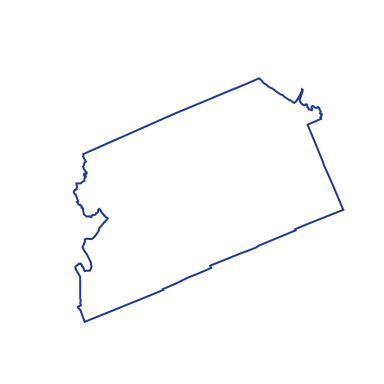 the district of St. Louis, Minnesota, United States of America, rotated 247°
{"feature_id": "52423323B88351202423300", "entity_name": "St. Louis", "entity_type": "district", "adm_level": 2, "iso_a3": "USA", "parent_name": "United States of America", "parent_adm1": "Minnesota", "projection": "robinson", "projection_center": [-92.282, 47.64], "detail": "fine", "context": "isolated", "style": "outline", "palette": "blue", "viewbox_px": 384, "rotation_deg": 247, "n_neighbors": 0, "source": "geoboundaries", "source_scale": "gbopen_adm2", "svg_char_len": 3495}
<svg xmlns="http://www.w3.org/2000/svg" viewBox="0 0 384 384"><g transform="rotate(247 192 192)"><path d="M114.4,42.5L113.4,99.7L113.1,127.3L114.0,127.3L114.0,140.8L114.8,153.9L114.5,166.9L114.6,179.9L117.1,179.9L116.5,213.3L116.1,219.6L115.9,229.3L116.5,232.7L116.2,272.4L117.4,272.4L117.4,285.0L116.5,324.3L147.2,324.3L165.4,323.9L167.9,324.3L193.4,324.6L208.8,324.7L208.9,336.0L208.9,339.4L210.0,339.9L210.0,339.5L210.1,339.2L210.5,339.3L210.6,340.0L210.7,340.4L211.0,340.6L211.6,340.6L212.1,340.8L212.3,341.5L212.6,341.8L213.1,341.8L213.9,340.9L214.3,340.6L216.0,342.1L216.8,341.9L217.7,341.5L218.3,341.5L219.2,342.0L219.7,342.0L220.3,341.6L220.9,341.2L221.0,340.9L220.9,340.6L220.5,339.7L220.7,339.4L221.2,338.9L222.1,337.9L222.7,337.6L223.4,337.4L223.9,336.9L224.1,336.4L224.0,335.8L223.8,335.6L223.2,335.1L221.3,335.0L220.5,334.6L220.5,334.0L220.6,333.8L221.0,333.5L221.5,333.2L222.0,332.7L222.2,331.9L222.5,331.7L223.7,331.8L224.3,331.8L225.1,331.4L226.6,332.0L227.4,332.1L227.7,332.0L228.3,330.6L228.0,330.1L228.0,329.1L228.7,328.4L231.3,327.0L232.3,326.9L234.6,326.9L241.3,333.0L243.0,333.8L243.6,333.4L242.3,332.7L237.6,327.5L234.7,323.2L234.0,321.1L234.2,320.9L235.0,320.1L237.9,318.6L238.3,317.7L243.8,314.1L245.7,313.4L247.2,311.7L251.1,309.1L254.8,307.1L255.7,306.5L256.8,305.4L259.6,303.2L261.0,302.8L264.7,300.3L265.5,300.0L266.5,300.0L268.8,299.0L270.4,298.1L270.3,285.1L270.4,277.0L270.3,272.4L270.6,272.1L270.5,270.0L270.7,232.2L270.9,206.2L269.4,106.8L268.1,106.4L267.5,106.0L267.3,105.5L265.4,105.9L265.1,105.8L264.5,105.8L263.7,106.0L261.5,106.2L261.0,104.4L259.0,103.1L257.9,101.6L256.7,101.7L256.4,101.6L256.2,101.5L255.3,101.4L254.7,101.7L253.7,101.8L252.7,102.1L252.3,102.4L252.1,102.6L251.7,102.7L251.0,102.3L250.7,102.3L250.2,102.3L250.0,101.8L250.2,101.3L250.2,100.8L250.9,100.6L250.9,100.1L250.7,99.8L250.6,99.5L250.6,99.4L250.0,99.2L248.7,99.2L248.5,99.3L248.4,99.6L248.7,99.8L248.6,100.1L248.0,100.5L247.9,100.5L247.8,100.3L247.8,100.1L247.4,100.0L246.4,98.2L244.3,97.4L244.2,95.1L243.7,94.1L243.6,92.5L245.1,88.9L241.4,88.2L240.6,87.1L239.5,86.9L239.4,85.5L239.7,85.2L239.6,84.9L239.3,84.7L238.5,83.2L237.1,83.1L235.7,83.3L235.1,84.0L234.0,83.9L227.8,83.6L227.7,82.2L225.6,82.6L223.8,83.5L223.6,83.8L223.7,84.3L221.8,84.8L221.7,84.5L220.6,84.2L220.1,84.9L220.2,85.0L219.0,85.3L218.7,84.8L218.3,84.7L213.6,83.8L210.4,85.6L209.6,88.5L208.5,88.7L208.3,89.6L209.7,91.2L208.9,93.9L209.6,95.4L209.6,95.7L209.9,95.7L209.7,96.4L210.2,97.4L212.2,98.7L212.7,100.0L211.4,100.6L207.3,101.1L206.4,101.6L206.0,101.7L205.2,102.1L204.8,101.9L204.6,101.9L204.3,102.0L204.1,102.4L203.1,102.5L202.6,102.7L201.6,103.8L200.7,104.2L200.3,103.7L199.7,102.8L199.6,102.6L199.6,102.2L199.5,101.9L199.0,101.5L198.9,101.1L198.9,100.8L198.9,100.5L198.6,100.6L198.4,100.2L198.6,99.8L198.3,99.2L197.7,98.1L197.3,97.3L196.2,95.3L195.0,92.8L193.9,91.5L193.5,91.3L193.2,91.4L192.5,90.6L192.0,89.8L190.6,87.7L188.6,84.3L187.8,81.3L190.2,76.8L190.2,74.8L187.9,74.1L187.3,73.2L187.2,72.7L186.9,72.5L186.3,72.4L186.0,71.9L184.1,69.7L183.2,69.7L180.5,69.8L175.9,70.8L166.3,71.4L165.4,70.9L162.4,70.3L159.5,67.5L159.9,66.3L159.9,65.9L160.8,64.2L161.1,62.6L162.8,62.2L165.6,62.4L166.5,61.6L167.3,61.9L168.6,61.9L169.3,61.7L169.7,61.3L169.5,61.0L169.2,60.8L169.3,60.6L170.0,59.9L169.8,59.8L169.8,59.7L169.9,59.2L169.7,58.5L168.8,55.4L166.1,54.8L157.6,55.9L137.6,47.5L135.8,47.3L133.5,45.7L131.0,45.5L131.0,42.1L130.4,41.9L126.8,43.1L114.4,42.5Z" fill="none" stroke="#1e3a8a" stroke-width="2"/></g></svg>